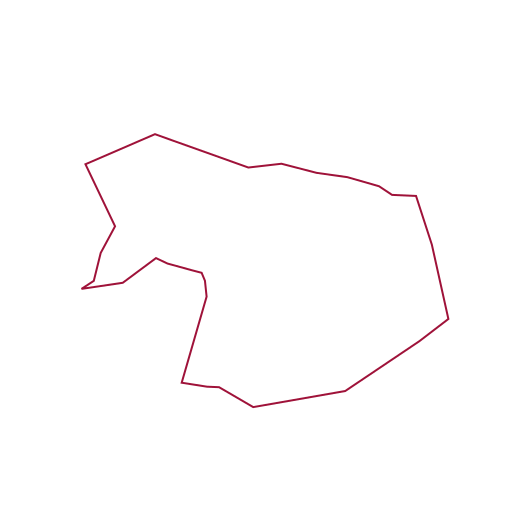 outline of Hospital Road, Castries, Saint Lucia, rotated 152°
{"feature_id": "8701671B16711141632325", "entity_name": "Hospital Road", "entity_type": "district", "adm_level": 2, "iso_a3": "LCA", "parent_name": "Saint Lucia", "parent_adm1": "Castries", "projection": "mercator", "projection_center": [-60.999, 14.009], "detail": "fine", "context": "isolated", "style": "outline", "palette": "rose", "viewbox_px": 512, "rotation_deg": 152, "n_neighbors": 0, "source": "geoboundaries", "source_scale": "gbopen_adm2", "svg_char_len": 523}
<svg xmlns="http://www.w3.org/2000/svg" viewBox="0 0 512 512"><g transform="rotate(152 256 256)"><path d="M381.1,179.0L360.6,163.6L350.2,157.5L329.4,123.9L240.6,94.9L151.7,104.1L115.7,110.1L95.4,183.5L86.5,233.9L107.2,246.1L114.6,259.8L138.3,282.7L163.5,301.0L190.2,325.5L221.2,337.7L275.2,396.9L288.0,411.0L363.5,417.1L366.5,348.4L391.7,331.6L410.9,310.2L425.5,308.9L386.2,294.9L345.3,301.1L337.7,290.9L319.5,273.7L311.9,266.7L312.7,258.1L318.7,243.3L381.1,179.0Z" fill="none" stroke="#9f1239" stroke-width="2"/></g></svg>